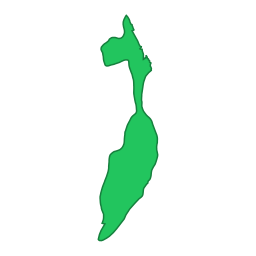 outline of Nghia Hung, Nam Định, Vietnam
{"feature_id": "81297802B4294080644708", "entity_name": "Nghia Hung", "entity_type": "district", "adm_level": 2, "iso_a3": "VNM", "parent_name": "Vietnam", "parent_adm1": "Nam Định", "projection": "orthographic", "projection_center": [106.157, 20.1], "detail": "fine", "context": "isolated", "style": "filled", "palette": "green", "viewbox_px": 256, "rotation_deg": 0, "n_neighbors": 0, "source": "geoboundaries", "source_scale": "gbopen_adm2", "svg_char_len": 5606}
<svg xmlns="http://www.w3.org/2000/svg" viewBox="0 0 256 256"><path d="M141.8,106.0L141.8,105.1L141.9,103.0L141.9,102.0L141.7,101.0L141.5,100.4L141.5,99.9L141.6,97.2L141.7,95.9L141.7,94.5L142.0,92.5L142.4,89.9L142.8,87.1L143.2,84.3L143.5,82.8L143.7,81.9L144.4,79.8L145.1,77.8L145.5,76.7L146.0,75.8L147.6,73.9L148.7,72.6L150.0,71.5L150.7,70.9L151.3,70.4L151.3,70.1L151.1,69.7L151.3,69.1L151.4,68.8L151.3,68.3L151.2,68.0L151.1,67.7L151.0,67.4L150.9,67.1L150.8,66.9L150.5,66.6L150.4,66.5L150.4,66.2L150.3,65.6L150.3,64.9L150.4,64.5L150.5,64.1L150.8,63.4L150.9,63.2L150.9,62.9L150.7,62.7L150.4,62.5L150.2,62.5L149.9,62.5L149.7,62.4L149.5,62.1L149.5,61.6L149.6,61.0L149.6,60.8L149.5,60.6L149.3,60.4L148.9,60.2L148.6,60.0L148.6,59.9L148.5,59.2L148.4,59.1L148.3,58.9L147.6,58.5L147.4,58.4L147.4,58.2L147.3,57.8L147.2,57.4L147.1,57.1L147.0,56.8L146.5,56.0L146.3,55.7L146.2,55.7L146.0,55.8L146.0,56.0L146.2,57.1L146.2,57.3L146.0,57.5L145.5,57.7L145.4,57.7L145.4,57.8L145.3,58.1L145.1,58.2L144.3,58.4L143.8,58.6L143.7,58.7L143.7,59.0L143.7,59.4L143.3,59.5L143.4,55.3L143.4,54.3L143.3,54.0L143.2,53.5L142.5,51.6L142.3,51.2L142.3,50.9L142.1,49.3L140.6,49.2L140.3,49.1L140.1,49.0L140.0,48.9L139.9,48.8L140.0,48.7L140.6,48.0L140.9,47.7L141.0,47.5L141.2,47.2L141.3,46.9L141.3,46.7L141.1,46.7L140.9,46.6L140.6,46.6L140.0,46.1L139.5,45.2L139.0,44.4L138.9,44.1L138.0,41.8L137.6,40.9L137.2,40.1L136.5,38.9L134.3,34.9L134.2,34.8L133.5,33.4L132.0,30.8L133.3,30.3L133.6,30.2L133.8,30.1L133.9,29.9L133.9,29.7L133.5,29.0L133.4,28.8L133.0,27.8L132.9,27.6L132.8,27.1L132.2,25.7L132.1,25.2L132.1,24.8L132.0,24.7L131.8,24.5L131.4,24.4L131.2,24.3L131.0,24.2L130.8,23.8L130.0,22.1L129.9,21.8L129.6,20.5L129.2,19.6L128.6,18.4L128.3,18.0L127.8,17.1L127.3,16.5L127.0,16.1L126.3,15.4L125.7,16.2L125.3,16.9L125.1,17.4L124.7,18.1L124.5,18.5L124.2,19.1L123.7,20.4L123.5,21.1L123.3,21.8L123.2,22.9L123.2,23.3L123.2,24.6L123.4,25.6L123.4,25.9L123.7,27.4L124.0,28.4L124.3,29.7L124.4,30.2L124.5,31.0L124.5,32.0L124.5,32.5L124.5,32.8L124.4,33.1L124.2,33.9L123.9,34.6L123.3,35.9L122.9,36.5L122.6,36.9L122.2,37.3L121.4,37.9L120.8,38.2L120.2,38.3L119.6,38.4L119.0,38.5L118.7,38.5L118.2,38.4L117.2,38.1L115.6,37.6L115.1,37.5L113.8,37.5L112.6,37.5L112.1,37.6L111.7,37.7L111.4,37.8L111.1,38.0L110.8,38.2L109.9,38.8L109.4,39.2L109.2,39.5L108.7,40.6L108.3,41.0L108.1,41.2L107.5,41.7L106.4,42.6L105.5,43.2L105.0,43.5L104.4,43.9L103.7,44.5L103.2,45.0L102.8,45.4L101.8,46.7L101.5,47.0L101.3,47.3L101.3,47.8L101.1,48.4L101.1,48.9L101.1,49.3L101.1,49.7L101.6,50.8L102.1,51.8L102.5,52.5L102.6,52.8L102.8,53.9L103.0,55.2L103.2,55.9L103.3,56.7L103.5,59.3L103.7,60.3L103.7,60.6L104.0,61.5L104.9,64.3L105.1,64.8L105.4,65.3L105.6,65.5L105.9,65.6L106.3,65.8L106.5,65.9L107.1,65.9L107.9,65.9L108.3,65.8L108.9,65.7L109.4,65.5L110.8,65.0L113.9,64.3L114.9,63.9L117.6,63.0L119.2,62.5L119.8,62.2L121.4,61.4L123.8,60.3L124.6,60.1L125.1,60.0L125.5,59.9L126.1,59.9L127.0,59.9L127.3,59.9L127.5,60.0L127.9,60.1L128.1,60.3L128.3,60.5L128.7,61.2L128.8,62.0L129.0,65.0L129.1,65.8L129.5,67.5L129.9,68.7L131.2,72.3L131.6,73.3L132.0,74.2L132.3,75.4L132.9,78.0L133.1,78.6L133.4,79.6L133.5,80.2L133.6,80.9L133.7,82.2L133.8,84.4L133.8,85.5L133.9,86.6L133.9,87.8L133.9,89.1L133.8,92.1L133.8,93.0L133.9,94.2L134.1,95.4L134.3,96.7L135.0,100.6L135.5,102.9L135.8,103.8L136.0,104.5L136.3,106.6L136.5,109.5L136.6,110.4L136.6,111.1L136.5,111.7L136.2,112.5L136.0,113.0L135.8,113.3L135.2,113.9L133.4,115.4L132.8,115.9L132.0,116.7L131.7,117.1L131.1,117.9L131.0,118.1L129.6,121.0L128.9,122.2L128.3,123.4L127.7,124.5L127.2,125.7L126.8,126.9L125.5,131.0L125.1,131.8L125.0,132.3L124.9,133.5L124.9,134.7L124.8,135.1L124.6,136.6L124.5,137.7L124.4,138.8L124.3,141.2L124.2,142.5L124.1,143.2L123.9,144.1L123.7,144.5L123.3,145.6L122.7,146.7L122.3,147.4L121.7,148.1L121.1,148.7L120.7,149.0L120.3,149.4L119.6,149.8L119.1,150.0L118.4,150.3L116.4,151.0L115.3,151.3L114.1,151.6L113.7,151.9L113.2,152.2L112.2,152.9L111.7,153.4L111.0,154.0L110.6,154.4L110.3,154.8L110.1,155.1L109.9,155.6L109.7,156.3L109.5,156.8L109.4,157.6L109.2,158.9L109.1,160.3L109.1,161.8L108.9,163.9L108.8,165.3L108.7,166.1L108.7,167.9L108.6,168.9L108.3,170.7L108.1,171.6L107.5,173.6L107.1,174.8L106.6,176.4L104.7,181.2L104.6,181.7L103.2,185.2L102.5,187.1L101.5,190.5L101.2,191.7L100.8,193.1L100.7,193.8L100.1,196.7L100.1,197.1L100.1,198.3L100.2,199.7L100.4,202.8L100.6,204.3L100.9,205.5L101.3,207.0L101.4,208.2L101.7,209.2L101.8,209.8L102.2,210.7L103.0,212.7L103.3,213.4L103.6,214.4L103.6,216.5L103.6,217.4L103.5,218.6L103.4,219.2L103.3,219.9L102.1,223.3L104.9,223.9L101.1,230.5L99.5,234.4L98.3,239.3L98.6,239.9L99.5,240.5L101.5,240.6L103.0,240.1L106.5,238.2L109.3,236.3L113.3,232.6L116.8,228.5L122.9,220.6L124.2,218.9L125.9,214.9L129.7,209.0L134.6,203.5L139.0,198.8L140.9,197.4L142.1,196.2L142.6,195.3L142.9,194.3L143.1,192.8L143.3,190.6L143.5,189.1L143.9,188.0L146.8,183.9L147.6,183.4L147.8,182.8L148.0,181.7L148.3,181.0L148.5,180.8L149.0,180.3L149.7,179.6L150.0,179.1L150.4,178.2L150.7,177.1L151.0,175.8L151.1,174.8L151.3,172.7L151.5,171.4L151.7,170.4L152.0,169.6L152.6,168.5L152.9,167.8L153.9,166.1L154.5,165.2L155.1,164.2L155.7,162.6L156.3,160.8L157.2,157.7L157.5,156.5L157.7,154.9L157.6,154.3L157.3,152.6L156.7,149.8L156.7,148.8L156.6,146.9L156.7,146.1L156.8,145.1L157.0,143.9L157.3,142.7L157.3,141.8L157.4,139.0L157.3,137.6L157.2,137.0L156.8,135.2L156.2,133.7L155.7,132.4L154.6,129.5L152.7,124.4L152.0,122.0L151.7,121.1L151.1,120.1L150.5,119.1L149.6,118.1L148.8,117.3L147.7,116.4L146.3,115.0L145.3,113.7L143.9,111.8L143.3,110.8L142.6,109.0L142.3,108.0L141.9,106.8L141.8,106.0Z" fill="#22c55e" stroke="#15803d" stroke-width="1.5"/></svg>